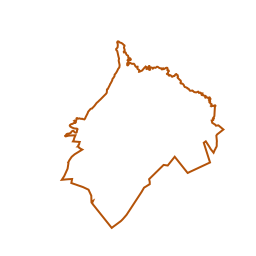 outline of Xilitla, San Luis Potosí, Mexico, rotated 234°
{"feature_id": "50627088B96326519449072", "entity_name": "Xilitla", "entity_type": "district", "adm_level": 2, "iso_a3": "MEX", "parent_name": "Mexico", "parent_adm1": "San Luis Potosí", "projection": "equal_earth", "projection_center": [-98.973, 21.391], "detail": "fine", "context": "isolated", "style": "outline", "palette": "amber", "viewbox_px": 256, "rotation_deg": 234, "n_neighbors": 0, "source": "geoboundaries", "source_scale": "gbopen_adm2", "svg_char_len": 5835}
<svg xmlns="http://www.w3.org/2000/svg" viewBox="0 0 256 256"><g transform="rotate(234 128 128)"><path d="M160.0,188.0L160.5,187.5L160.5,186.0L160.5,185.7L160.7,185.4L161.5,184.7L161.7,184.1L161.4,183.2L161.5,182.9L162.0,182.9L162.5,182.9L163.0,182.7L163.4,182.1L163.6,181.4L164.0,181.3L165.1,181.7L165.6,181.7L165.8,181.4L165.6,180.9L165.4,180.1L165.2,180.0L164.6,180.2L162.5,180.4L162.2,180.2L162.4,179.5L162.5,179.4L164.2,179.3L164.4,179.2L164.6,178.9L164.6,177.9L164.9,177.7L165.9,178.4L166.4,178.7L166.8,178.6L166.9,178.2L167.3,178.2L166.9,175.9L166.2,173.3L166.4,172.3L166.8,170.3L167.0,170.0L167.9,170.9L168.3,171.1L169.7,170.6L170.5,170.5L171.0,170.7L171.7,171.7L172.0,171.8L172.2,171.5L172.3,171.0L172.8,170.4L173.6,170.3L175.6,170.6L176.5,170.5L177.1,169.8L177.3,169.2L177.9,168.7L178.6,168.4L179.1,168.2L179.6,167.6L179.7,167.1L179.1,165.9L178.8,165.0L178.8,164.6L179.0,164.4L179.3,164.3L179.8,164.6L180.7,165.3L181.2,166.4L181.2,166.8L181.3,167.1L181.9,168.0L182.2,168.1L182.4,168.0L182.6,167.6L182.9,167.5L183.1,167.5L183.2,167.8L183.2,168.2L182.9,169.0L182.7,169.2L181.9,169.4L181.7,169.5L181.5,169.8L181.7,170.5L181.9,170.6L182.3,170.5L182.5,170.7L182.9,170.7L183.3,170.6L184.2,169.5L184.5,169.4L184.7,169.5L185.1,170.0L186.5,170.5L187.7,170.0L188.4,169.9L189.2,170.1L189.9,170.4L190.6,170.4L190.8,170.4L191.1,170.0L191.4,169.2L192.1,169.3L192.3,169.7L192.7,170.9L193.1,171.2L195.3,171.9L195.9,172.5L196.4,173.4L196.8,173.7L197.1,173.7L197.9,173.3L199.1,173.2L200.6,172.7L201.9,171.7L202.3,171.5L203.5,171.3L204.0,170.8L204.1,170.5L204.0,170.1L203.4,169.4L202.5,169.3L201.9,169.0L200.7,168.2L199.3,166.9L198.9,164.9L198.2,164.4L196.5,164.5L191.0,162.1L189.5,161.6L187.9,160.0L183.8,158.2L182.1,156.6L181.6,154.8L180.5,152.8L179.6,150.8L179.0,148.5L178.0,147.7L177.2,145.9L176.9,144.6L176.6,144.1L176.5,143.9L175.8,143.2L174.2,140.0L174.2,139.7L173.5,138.6L171.4,134.5L171.6,133.9L171.2,133.3L170.8,133.1L169.0,131.5L168.6,130.4L167.2,121.9L167.2,121.3L166.9,119.6L166.7,117.3L165.6,113.8L165.2,111.7L165.1,110.8L164.9,110.5L165.3,109.5L165.4,108.8L164.6,105.4L163.6,103.9L161.3,99.4L160.9,99.0L160.6,97.8L161.1,97.4L161.6,96.8L162.4,96.4L162.8,95.8L162.8,95.6L163.3,95.1L164.3,94.4L164.8,93.2L165.8,92.8L166.0,92.6L166.1,92.3L166.1,92.1L165.9,91.8L165.1,91.3L164.6,90.5L164.6,90.2L164.9,89.4L165.4,89.1L165.4,88.7L165.1,88.8L164.4,89.4L164.1,89.6L163.8,89.6L163.5,89.5L163.1,88.4L163.1,88.2L163.8,87.3L163.9,87.0L163.9,85.7L164.0,85.3L164.5,84.4L164.5,82.8L164.3,82.4L164.0,82.2L163.0,82.2L161.4,82.9L159.8,83.9L158.9,84.6L157.6,86.2L157.0,86.5L156.7,86.5L156.5,86.2L155.8,85.1L154.9,84.3L154.6,83.8L154.6,83.4L155.0,82.9L156.0,82.3L157.6,82.2L158.1,81.9L158.2,81.3L158.3,80.4L157.8,79.0L157.7,78.7L158.2,76.9L158.9,75.7L159.1,75.0L159.1,74.6L158.6,73.3L158.6,72.5L158.3,72.4L157.8,72.7L156.8,75.3L156.1,76.5L153.0,81.2L151.5,78.7L150.1,76.9L149.5,75.6L145.1,80.7L144.8,80.2L143.6,78.9L143.3,77.8L142.8,77.3L142.7,76.9L142.6,77.1L142.5,77.3L142.1,77.0L141.8,76.9L141.6,76.7L141.4,76.7L139.2,77.4L139.0,77.5L137.4,78.3L138.1,69.4L137.8,65.5L136.5,61.9L135.2,59.2L134.7,59.3L130.6,55.2L126.6,48.2L125.0,44.0L122.1,48.9L119.6,52.8L116.8,49.8L106.6,56.9L101.3,59.8L94.8,58.5L90.0,55.2L89.7,55.7L89.6,56.9L89.3,56.4L89.0,55.9L88.7,54.7L87.3,54.8L87.2,54.7L56.8,56.1L56.9,67.7L57.3,70.2L58.6,75.8L68.3,101.4L70.3,105.9L69.8,112.6L71.6,113.9L74.2,115.0L77.2,135.1L74.3,138.1L77.3,148.9L56.6,149.8L51.9,174.1L71.5,180.6L71.5,182.3L71.5,183.1L65.5,182.8L62.3,182.5L57.7,182.7L59.2,185.2L59.9,186.8L60.3,187.3L60.7,188.4L61.3,189.2L64.0,191.2L65.0,192.1L69.9,195.0L70.4,196.2L70.7,204.3L77.0,202.7L78.2,200.5L79.4,200.5L82.7,199.2L84.9,200.1L84.3,201.5L84.4,201.8L85.0,202.4L85.3,201.9L85.5,202.0L85.4,202.8L85.5,202.8L85.6,202.7L86.1,203.0L85.9,203.4L86.3,203.6L86.5,204.2L86.9,204.9L94.0,210.7L94.2,211.3L94.7,211.9L95.0,211.9L95.3,211.6L95.5,210.9L95.8,209.7L96.4,209.1L96.6,208.1L97.0,208.0L97.1,208.6L97.0,208.8L97.2,209.2L98.1,209.6L98.3,209.6L98.8,209.2L99.4,209.1L99.8,209.1L100.7,209.7L101.0,209.5L101.2,209.1L101.4,209.2L101.4,209.4L101.6,210.3L102.2,210.6L102.8,209.9L103.1,209.9L103.2,210.3L102.9,211.0L102.9,211.7L103.0,211.8L103.5,211.6L104.2,211.6L104.6,211.8L104.6,212.0L104.8,212.0L105.0,211.8L105.1,210.6L105.2,210.4L106.1,210.1L106.6,209.8L106.9,208.6L107.1,208.4L107.3,208.4L107.9,208.8L108.1,209.1L108.1,209.4L108.2,209.6L108.4,209.6L108.7,209.3L109.2,208.7L109.7,208.4L110.3,208.3L110.7,207.6L111.3,207.1L111.8,207.5L112.0,208.1L112.0,208.4L112.2,208.6L112.8,207.9L112.8,207.6L113.0,207.3L113.6,207.5L114.0,207.4L114.6,206.1L115.7,206.3L116.1,206.2L116.4,205.5L116.5,204.6L116.8,204.0L117.4,203.4L117.7,203.1L118.0,202.8L118.4,202.6L119.6,202.4L119.8,202.2L120.3,202.2L120.5,202.1L121.2,200.7L121.7,200.1L122.0,200.0L122.9,200.0L123.2,200.1L124.2,200.0L124.8,199.4L125.2,199.3L125.6,199.5L126.7,198.9L127.9,198.0L128.8,198.1L130.2,198.4L131.6,198.2L132.3,197.8L132.3,197.6L132.9,197.0L133.1,196.9L133.3,197.1L133.8,197.1L134.5,198.1L135.1,198.4L135.8,198.4L136.6,198.1L137.7,198.0L139.3,197.7L139.7,197.8L140.1,198.6L140.6,198.6L141.1,198.9L141.2,199.1L141.6,199.2L142.4,198.7L142.6,198.8L143.2,198.8L143.4,198.4L143.4,197.7L143.3,197.4L142.8,196.2L142.9,195.9L143.3,195.4L143.4,195.2L143.3,194.2L143.7,193.8L143.9,193.6L144.3,193.7L145.4,193.5L146.0,193.2L146.2,192.9L146.1,192.3L146.1,192.1L146.5,191.9L147.1,192.4L148.6,191.3L148.9,191.3L149.0,191.5L148.9,192.5L149.0,192.7L149.7,193.3L149.9,193.8L150.0,194.5L150.6,194.7L150.9,194.6L151.2,194.1L151.8,193.9L152.3,194.5L153.1,195.1L153.6,195.1L154.1,194.6L154.3,194.1L154.4,193.5L154.5,192.1L154.6,191.5L154.8,191.3L155.2,191.4L155.7,191.4L155.7,190.9L155.4,190.6L155.3,190.3L155.3,190.2L155.4,189.9L155.6,189.8L156.4,190.0L156.7,190.0L156.9,189.8L157.3,189.2L158.7,188.4L159.5,188.2L160.0,188.0Z" fill="none" stroke="#b45309" stroke-width="2"/></g></svg>